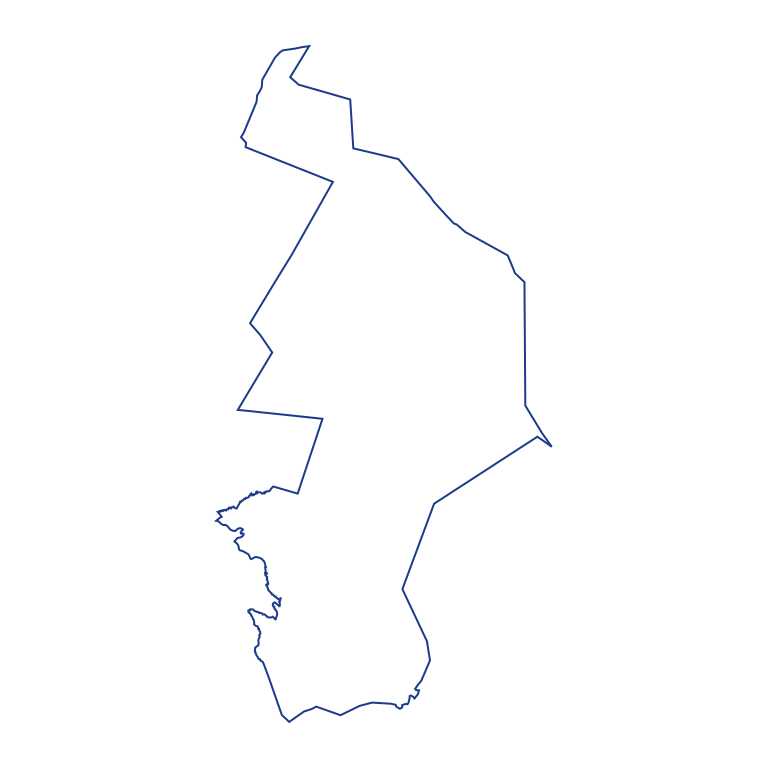 outline of Magdalena Tequisistlán, Oaxaca, Mexico
{"feature_id": "50627088B13357579545804", "entity_name": "Magdalena Tequisistlán", "entity_type": "district", "adm_level": 2, "iso_a3": "MEX", "parent_name": "Mexico", "parent_adm1": "Oaxaca", "projection": "robinson", "projection_center": [-95.732, 16.362], "detail": "fine", "context": "isolated", "style": "outline", "palette": "blue", "viewbox_px": 768, "rotation_deg": 0, "n_neighbors": 0, "source": "geoboundaries", "source_scale": "gbopen_adm2", "svg_char_len": 5858}
<svg xmlns="http://www.w3.org/2000/svg" viewBox="0 0 768 768"><path d="M289.2,721.9L304.0,711.5L312.0,708.9L316.2,706.6L340.5,715.2L359.6,705.9L372.1,702.6L390.6,703.7L395.7,704.8L395.8,705.2L396.3,706.7L399.9,708.8L402.2,707.3L402.2,705.1L405.7,703.9L407.5,704.2L408.4,702.9L409.5,698.6L409.7,696.0L410.8,695.5L413.2,696.8L414.5,698.5L418.0,694.0L419.0,690.3L416.2,690.1L415.1,688.9L418.2,684.4L421.2,680.9L424.8,672.6L430.0,660.3L426.9,641.1L421.5,629.7L402.4,589.1L434.1,503.7L495.9,463.6L537.4,436.7L551.8,446.8L542.3,433.5L525.3,405.6L525.3,403.1L524.5,288.2L524.5,283.5L524.5,282.2L518.4,276.4L515.0,273.2L513.4,269.1L507.8,255.5L478.0,239.0L465.4,232.1L456.7,224.5L453.9,223.5L446.7,215.9L433.9,201.9L430.2,196.5L398.4,159.1L364.5,151.0L356.0,149.0L353.3,148.4L350.5,104.1L350.2,99.5L341.6,97.0L298.7,84.7L290.2,77.2L306.1,51.1L309.2,46.1L306.0,46.6L302.3,47.1L294.9,48.6L282.5,50.4L281.7,51.1L279.7,52.5L275.0,57.6L262.3,79.7L261.8,86.9L260.1,90.7L257.1,95.4L256.6,101.7L251.9,113.1L243.8,132.6L241.0,137.2L246.1,142.8L245.6,147.1L253.7,150.4L332.9,181.9L292.0,254.3L276.7,279.2L250.0,323.2L258.5,333.0L260.0,334.7L262.1,337.7L272.2,352.5L237.8,409.9L243.0,410.4L322.5,418.8L297.7,493.6L273.2,486.5L271.9,487.8L269.3,491.2L267.9,491.2L265.6,491.6L264.8,492.0L265.5,492.5L264.3,493.5L263.6,493.3L262.0,493.6L261.6,492.9L260.1,492.3L259.1,492.2L258.0,492.5L257.6,492.1L257.0,491.5L256.0,492.1L256.3,492.7L256.6,493.5L255.5,494.1L253.5,494.3L253.7,495.1L252.9,495.4L252.0,495.3L251.9,494.3L251.3,493.4L250.3,494.3L249.7,495.8L249.0,496.1L248.7,497.2L247.6,497.7L246.6,497.9L246.0,498.3L245.8,497.9L245.3,498.1L244.8,499.1L243.7,499.2L243.1,500.3L242.2,500.6L241.3,501.0L241.1,501.9L240.0,501.8L239.9,502.7L239.2,503.9L238.2,505.6L236.6,508.5L236.3,508.4L235.5,508.2L234.4,507.8L233.6,506.6L233.2,506.9L232.7,507.2L232.0,507.2L231.6,507.8L231.2,507.9L231.0,508.4L230.5,508.2L230.1,507.6L229.3,507.5L229.2,508.3L228.2,508.6L228.1,509.2L227.6,509.0L227.1,509.3L226.6,509.8L226.1,509.9L225.8,510.6L225.2,510.4L225.2,510.0L224.2,509.8L223.5,510.1L222.9,511.0L222.3,510.7L222.0,510.9L221.7,510.4L221.0,510.7L221.0,511.3L220.0,511.7L219.6,511.1L218.9,511.3L218.7,511.9L217.9,512.0L221.7,516.8L220.5,517.5L219.4,518.1L216.2,520.8L218.3,521.2L219.7,522.5L221.2,523.9L223.5,525.1L225.6,524.9L227.9,526.6L229.2,528.3L230.8,529.9L233.1,530.8L235.3,531.0L237.0,529.4L238.7,528.3L240.7,528.2L242.3,528.9L242.9,529.8L241.8,530.8L241.0,531.8L240.7,532.4L240.7,533.0L240.9,533.3L241.2,533.7L241.6,533.7L242.1,533.5L242.7,533.4L243.4,533.7L243.7,534.4L243.2,535.4L242.3,536.4L241.1,537.1L240.0,537.5L239.0,537.7L238.1,537.9L237.2,538.2L236.5,539.1L236.0,539.7L235.6,540.2L235.1,540.8L234.5,541.2L234.5,541.5L234.9,542.0L235.7,542.5L237.2,543.8L237.9,544.9L238.5,546.2L238.8,547.8L239.1,549.5L239.7,550.2L242.3,551.0L243.8,551.6L248.5,554.4L249.3,555.8L249.7,557.1L250.2,558.3L250.9,559.0L251.4,559.1L252.2,558.7L253.0,558.2L253.9,557.7L254.8,557.3L255.7,557.0L257.5,557.2L258.9,557.7L260.0,558.1L261.3,558.6L262.1,559.1L262.7,560.0L263.3,560.7L264.1,561.4L264.3,561.5L264.5,562.5L265.1,564.1L265.3,565.2L265.3,566.0L265.4,566.4L265.6,566.6L266.0,567.0L265.8,567.3L265.4,567.2L265.2,567.1L265.1,567.4L265.1,567.7L265.2,568.0L265.3,568.6L265.4,569.2L265.5,569.8L265.6,570.6L265.6,571.1L265.7,571.6L265.6,572.0L265.2,572.4L265.1,572.6L265.0,573.0L265.7,573.2L266.1,573.2L266.8,573.1L267.1,573.3L266.8,573.8L265.5,574.5L265.3,574.8L265.3,575.1L265.5,575.4L265.9,575.8L266.4,576.1L266.6,576.6L267.0,576.9L267.3,577.2L267.2,577.6L266.9,578.4L266.8,579.2L267.2,579.6L267.1,580.1L267.4,580.5L267.6,581.3L267.7,582.2L268.1,583.0L268.3,583.6L268.3,583.9L267.9,584.0L267.5,584.3L266.9,584.2L266.6,584.4L266.5,584.8L266.1,585.1L266.1,585.3L267.2,585.7L267.4,586.2L267.2,586.9L267.6,587.7L267.8,588.5L268.1,588.9L268.1,589.5L268.6,590.5L269.5,591.4L270.3,592.1L270.9,593.0L271.6,593.2L271.9,594.5L272.3,594.7L273.0,594.7L273.7,595.2L274.0,595.6L274.1,596.1L274.8,596.6L275.2,596.5L275.8,596.5L276.0,596.9L276.3,597.4L276.4,597.8L276.8,598.1L277.2,598.1L277.6,598.5L278.1,599.0L279.1,599.4L279.8,599.2L280.2,599.0L280.3,598.5L280.4,598.2L280.6,598.2L280.8,598.3L280.6,598.8L280.2,599.4L280.2,600.3L280.1,600.9L279.4,601.2L279.1,601.7L279.3,602.3L279.9,603.1L279.9,603.7L279.8,604.5L279.8,605.4L279.5,606.2L279.2,606.2L278.7,605.5L277.3,604.4L276.2,603.5L275.7,603.0L275.0,602.6L274.7,602.4L274.1,602.6L273.5,603.1L273.3,603.7L273.2,604.0L272.9,604.1L272.8,605.5L273.5,606.2L273.5,606.6L274.3,606.8L274.4,608.6L275.2,609.2L275.3,609.6L275.7,609.7L275.9,610.6L276.6,611.3L276.9,611.9L277.2,614.5L275.6,619.3L274.8,619.0L274.6,618.2L273.4,617.3L272.6,616.7L272.4,616.9L272.1,617.2L270.5,617.5L269.8,617.3L268.4,617.5L267.7,617.3L267.1,616.4L265.8,615.6L265.3,614.8L264.6,614.4L262.7,614.5L262.3,613.5L260.9,613.1L260.4,612.8L259.1,613.0L258.4,612.1L257.0,611.8L255.1,611.2L254.3,610.9L253.5,609.7L252.0,609.3L250.8,609.3L250.1,609.4L250.0,610.3L248.8,610.3L248.3,610.5L248.4,612.0L249.5,613.0L250.0,613.1L250.4,614.1L251.0,614.4L251.1,614.7L251.2,615.6L251.9,616.3L252.6,617.8L252.9,619.0L253.7,619.7L253.8,620.0L253.8,620.6L254.2,622.4L254.3,623.1L254.2,623.5L254.1,624.5L255.5,625.7L256.5,626.1L257.2,626.3L257.7,626.6L258.0,627.4L258.4,629.0L259.0,628.9L259.2,629.8L259.5,630.9L259.7,631.2L260.0,631.7L260.4,633.5L260.1,634.0L259.2,635.3L259.7,636.5L259.6,636.8L258.6,639.4L258.3,640.6L258.5,641.7L258.6,642.7L258.7,643.6L258.5,644.8L258.2,645.3L257.7,645.5L257.4,646.2L256.8,646.4L255.4,647.4L255.2,648.6L254.9,649.3L255.0,650.4L255.3,651.2L254.9,651.7L255.9,653.5L256.3,654.8L256.4,655.3L256.8,655.8L258.0,657.3L258.0,657.7L258.2,658.2L258.4,658.5L258.8,658.8L258.8,659.0L259.3,659.3L260.1,659.3L260.3,660.2L260.6,660.6L261.4,661.2L261.9,661.3L262.1,661.5L262.5,661.7L263.0,662.4L263.2,662.7L268.8,677.6L281.8,714.9L289.2,721.9Z" fill="none" stroke="#1e3a8a" stroke-width="2"/></svg>